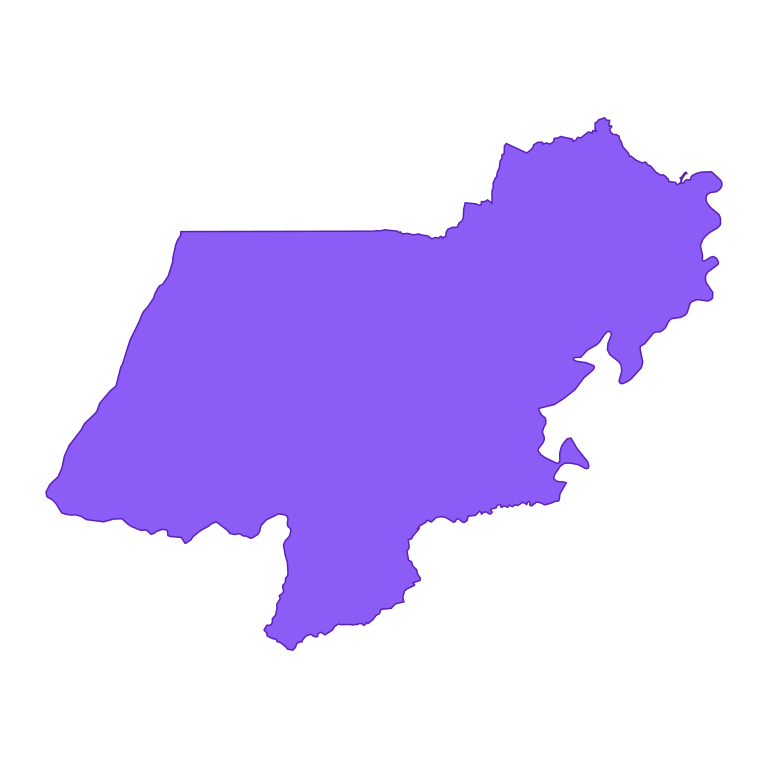 outline of Riofrío, Valle del Cauca, Colombia
{"feature_id": "7082276B33798425293322", "entity_name": "Riofrío", "entity_type": "district", "adm_level": 2, "iso_a3": "COL", "parent_name": "Colombia", "parent_adm1": "Valle del Cauca", "projection": "orthographic", "projection_center": [-76.345, 4.104], "detail": "fine", "context": "isolated", "style": "filled", "palette": "violet", "viewbox_px": 768, "rotation_deg": 0, "n_neighbors": 0, "source": "geoboundaries", "source_scale": "gbopen_adm2", "svg_char_len": 6111}
<svg xmlns="http://www.w3.org/2000/svg" viewBox="0 0 768 768"><path d="M711.6,171.8L701.3,172.1L696.7,173.3L692.3,175.5L691.0,177.2L690.4,179.8L686.4,179.8L684.4,181.3L683.8,182.9L681.8,183.2L681.3,182.4L682.1,178.6L685.5,173.7L686.8,173.4L686.1,172.3L684.5,173.1L681.8,177.0L680.1,177.9L681.1,179.2L680.7,183.6L679.4,183.2L678.1,184.6L677.1,184.7L675.6,182.4L668.9,181.5L668.0,178.7L666.7,178.2L666.3,177.0L663.2,174.7L661.1,175.3L656.1,172.4L650.7,166.1L648.2,165.2L645.5,162.1L642.0,162.9L635.6,159.9L631.2,156.3L629.6,156.3L628.3,153.0L622.8,146.8L621.2,141.7L619.4,139.0L619.0,136.2L616.1,134.4L613.2,134.5L610.6,132.0L609.8,129.3L611.8,126.4L611.4,125.9L608.7,125.7L609.7,120.4L606.6,120.2L604.7,117.8L598.5,119.9L597.0,122.2L595.2,122.9L595.0,129.5L596.5,130.9L596.2,131.6L592.7,130.7L592.0,133.3L590.2,132.3L588.1,132.1L580.8,137.9L577.7,137.3L576.0,140.0L572.9,141.4L572.7,139.6L571.4,138.8L560.6,136.5L558.1,137.9L554.2,138.4L553.6,141.6L550.2,144.1L546.4,142.9L543.1,144.2L543.0,143.1L542.0,142.2L537.8,142.3L533.7,144.8L533.0,147.2L531.3,149.5L526.7,153.0L506.3,143.5L504.4,145.9L504.2,153.4L501.8,155.1L502.1,157.7L500.1,161.2L499.2,168.4L497.6,171.5L496.4,176.9L494.8,179.0L493.1,183.3L493.2,187.9L492.0,190.9L492.0,203.2L487.5,199.9L484.9,201.5L481.4,201.7L481.2,204.2L479.9,205.4L475.7,203.8L465.2,202.8L463.7,209.3L463.3,217.6L462.1,220.9L459.2,222.8L457.3,227.2L452.1,227.4L447.9,229.2L446.2,232.2L445.6,236.7L444.3,236.8L442.6,238.2L441.6,236.6L440.5,236.4L438.7,238.1L435.4,237.5L431.8,238.8L427.6,235.8L421.2,235.0L418.8,233.9L413.3,234.9L407.8,233.4L402.1,233.8L400.5,231.9L399.0,232.5L397.6,231.2L384.5,229.8L379.7,231.0L377.1,230.6L373.6,231.2L180.9,231.6L180.5,235.7L177.5,240.2L175.8,244.7L172.8,258.2L172.8,261.4L168.3,275.9L162.7,284.4L159.7,285.7L157.8,288.2L155.0,293.6L153.7,297.9L147.7,306.9L143.6,311.5L141.9,314.8L138.9,322.3L130.1,340.0L122.5,364.1L120.8,367.1L116.0,386.1L110.3,390.8L99.8,403.2L97.0,410.9L95.5,413.2L84.7,423.4L81.1,430.0L69.3,445.3L64.4,456.2L62.0,467.8L58.1,476.8L50.0,484.3L46.1,492.0L46.6,495.8L47.7,497.3L52.4,499.8L56.0,503.6L61.6,512.8L65.9,514.3L71.8,515.1L74.6,514.7L81.1,516.3L86.4,519.6L103.5,521.8L113.9,519.0L122.1,518.8L127.9,524.2L131.3,526.4L140.7,530.3L146.4,530.0L150.9,534.2L153.8,533.5L156.3,531.6L162.0,529.4L166.2,529.8L167.3,530.6L168.0,535.6L170.5,536.5L181.2,537.4L184.9,543.1L186.0,543.2L191.2,539.6L192.8,536.9L200.2,530.8L208.9,526.0L210.2,524.4L216.2,521.8L227.5,530.4L230.0,533.6L234.6,534.5L239.7,533.7L243.2,535.9L246.1,536.1L250.6,538.2L252.1,538.0L257.9,534.4L259.7,531.3L260.8,525.9L266.2,519.9L278.5,513.9L284.9,514.8L287.3,516.4L287.9,518.8L287.3,523.8L287.8,526.4L290.6,528.9L290.7,531.7L289.3,536.5L285.3,540.7L283.5,544.9L285.2,555.1L287.4,562.7L288.0,573.8L287.5,575.9L285.6,578.2L285.3,582.6L282.8,585.4L282.7,587.8L283.7,591.2L282.1,593.9L279.2,595.6L280.2,598.7L276.8,604.1L277.0,608.0L275.7,614.9L272.4,618.6L272.3,622.4L271.4,624.1L270.3,625.2L266.9,625.2L264.0,630.0L266.6,632.9L267.4,636.2L273.4,638.9L276.0,639.1L277.4,641.9L280.3,642.4L286.5,647.5L287.4,649.1L292.7,650.2L295.2,647.8L296.8,643.7L298.7,642.4L302.1,641.7L302.1,640.7L304.5,637.5L307.3,635.3L311.1,634.4L313.9,636.5L317.0,636.8L317.8,636.1L317.9,633.7L320.9,632.2L325.0,634.8L332.4,630.1L334.4,626.7L338.3,624.0L341.0,624.7L348.8,624.4L353.0,625.0L355.1,624.3L357.3,624.6L358.8,623.6L362.0,623.6L363.5,625.3L365.2,624.6L366.2,622.5L367.9,623.6L372.8,619.7L376.1,615.4L379.5,613.6L380.9,609.4L391.3,608.3L394.3,604.9L396.6,603.5L403.9,601.9L402.8,597.1L404.6,590.9L406.9,589.0L414.4,585.4L414.5,584.5L413.0,583.3L413.5,582.6L420.1,580.4L420.2,578.1L417.4,573.7L416.7,569.8L412.9,566.1L411.5,561.7L408.6,560.3L406.9,550.9L408.6,549.0L409.2,546.9L408.3,539.8L411.6,538.8L412.9,536.0L417.8,530.4L417.3,529.0L417.8,528.3L418.2,529.4L419.1,528.9L418.6,528.0L419.4,527.0L419.2,526.2L425.8,522.3L426.8,520.2L431.4,521.9L436.0,517.7L438.4,516.9L442.9,516.8L446.2,517.7L453.8,522.3L455.7,521.1L456.2,519.4L458.3,518.7L462.4,522.0L464.1,522.5L467.0,520.6L468.2,516.1L475.4,515.4L479.5,511.2L480.3,511.4L481.6,514.1L483.7,512.2L486.7,512.0L488.9,513.8L490.8,513.9L492.1,512.1L490.5,510.0L491.0,509.1L496.1,507.8L497.1,505.6L498.8,504.7L500.5,504.8L501.0,507.2L502.2,507.2L503.9,505.8L507.6,507.3L509.2,505.2L512.4,506.7L515.0,504.9L517.7,505.5L523.0,502.2L526.6,504.5L527.9,501.9L529.0,501.4L530.0,502.5L529.7,504.9L531.3,506.0L532.8,505.3L533.1,504.0L534.7,503.8L535.7,502.5L537.3,502.1L541.4,503.1L544.5,504.8L549.1,503.8L556.1,501.1L558.3,501.1L559.2,499.8L560.0,493.7L566.3,482.9L563.4,481.8L559.8,481.9L556.5,481.0L553.6,478.6L554.5,474.8L560.4,466.0L564.8,463.1L570.0,463.1L577.8,464.5L586.0,468.7L588.3,468.1L588.8,465.7L587.6,461.7L576.9,448.3L571.0,438.1L567.3,438.7L563.5,443.1L561.4,446.8L559.7,453.3L559.8,461.1L558.4,463.1L556.8,463.3L555.2,462.6L545.2,457.7L540.9,454.7L538.4,451.3L538.2,448.9L542.7,443.2L544.2,439.8L544.1,436.8L542.4,432.1L543.5,428.0L545.7,423.8L545.9,420.5L545.3,418.0L541.5,415.0L538.5,409.2L540.0,408.1L554.2,404.6L563.5,398.7L574.8,389.8L584.0,377.7L593.5,369.5L594.4,367.0L593.6,365.6L586.3,362.7L576.6,361.3L573.5,359.7L573.5,358.3L574.0,357.6L580.6,357.3L587.4,350.1L596.6,344.8L599.4,342.2L604.4,334.7L607.5,331.5L610.0,331.6L611.6,334.3L608.0,343.3L607.4,349.7L609.8,354.6L618.8,361.7L621.1,365.2L621.7,371.2L619.0,381.1L620.5,383.5L623.0,383.6L628.4,381.0L631.5,378.5L641.3,367.8L642.8,362.1L640.1,349.2L640.3,346.4L644.8,343.6L653.7,332.8L655.9,332.0L659.9,331.9L662.9,330.1L665.4,327.8L668.8,321.1L671.2,318.7L680.7,317.4L685.3,315.0L687.1,312.8L690.1,303.4L692.2,301.4L697.4,299.6L708.0,301.0L710.5,300.0L712.5,298.0L712.8,292.5L706.0,282.4L705.4,277.5L706.1,274.6L707.9,271.9L716.9,265.3L718.0,264.3L718.5,262.1L716.4,258.2L713.4,256.5L710.5,257.2L704.8,260.9L703.0,261.0L702.3,259.6L702.6,255.9L700.4,245.7L702.9,239.2L706.3,235.4L709.8,232.4L717.7,227.8L720.1,225.1L720.6,223.5L720.4,218.0L718.9,214.5L710.3,207.3L707.0,202.8L706.0,199.4L706.2,196.4L707.9,193.9L710.9,192.4L716.2,191.8L720.3,188.8L721.9,185.6L721.7,182.2L720.4,180.0L711.6,171.8Z" fill="#8b5cf6" stroke="#5b21b6" stroke-width="1.5"/></svg>